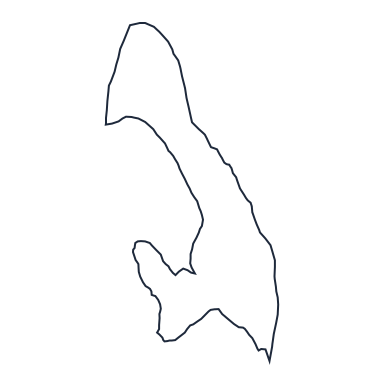 outline of Lokoja, Kogi, Nigeria
{"feature_id": "59680162B326996000256", "entity_name": "Lokoja", "entity_type": "district", "adm_level": 2, "iso_a3": "NGA", "parent_name": "Nigeria", "parent_adm1": "Kogi", "projection": "equal_earth", "projection_center": [6.483, 8.245], "detail": "fine", "context": "isolated", "style": "outline", "palette": "slate", "viewbox_px": 384, "rotation_deg": 0, "n_neighbors": 0, "source": "geoboundaries", "source_scale": "gbopen_adm2", "svg_char_len": 3343}
<svg xmlns="http://www.w3.org/2000/svg" viewBox="0 0 384 384"><path d="M105.8,124.6L112.0,123.6L118.6,121.4L122.5,118.5L126.0,116.7L131.6,117.0L134.0,117.6L138.4,118.5L145.2,122.0L153.3,129.2L156.8,134.6L159.9,137.7L165.0,143.4L167.1,147.8L168.5,150.9L170.1,152.2L173.2,155.9L175.0,159.1L176.2,161.0L177.6,163.2L177.9,164.0L178.5,165.4L179.5,168.5L181.8,173.2L184.8,178.9L187.4,184.5L189.7,188.6L191.4,192.7L194.2,197.1L197.2,201.2L199.3,208.1L200.7,211.2L201.9,215.0L203.0,219.7L201.9,226.0L200.4,228.3L200.0,228.8L198.8,232.6L196.5,237.6L193.2,243.6L192.1,249.3L190.6,254.0L190.6,258.7L190.2,263.4L191.6,267.5L194.9,273.5L191.0,272.6L187.6,270.2L183.2,268.6L178.8,271.7L175.5,275.1L172.9,272.9L169.9,269.1L168.5,266.3L165.7,264.1L163.1,261.2L160.8,254.6L156.1,249.9L151.9,245.5L149.8,243.0L145.1,241.4L140.9,241.1L137.7,241.4L135.3,243.0L134.9,245.5L134.6,248.0L133.2,249.6L133.0,252.1L134.9,257.8L135.6,260.0L137.4,262.5L138.4,264.1L138.6,268.5L138.8,271.9L140.2,276.6L143.0,282.3L145.6,286.1L148.2,287.6L150.0,288.9L151.4,291.4L151.7,294.9L153.5,295.5L155.4,296.1L158.2,299.9L160.1,304.3L160.8,308.7L160.1,311.8L159.4,314.0L159.6,318.1L159.1,325.0L159.1,329.1L157.1,332.6L159.4,334.5L162.4,337.6L163.3,340.1L164.5,341.4L167.3,341.1L169.6,340.5L172.0,340.5L175.2,340.1L178.7,337.3L180.8,335.7L184.8,332.6L187.1,329.1L190.2,325.4L193.2,324.4L197.6,321.3L201.2,318.9L208.6,311.4L210.6,309.9L214.4,309.3L218.6,309.1L222.2,314.1L233.6,323.7L234.1,324.1L235.3,324.9L237.3,326.2L238.7,327.2L243.0,327.6L244.8,328.8L247.1,331.8L249.2,334.9L252.3,338.1L255.5,344.1L257.4,348.6L258.6,350.5L261.2,349.0L265.5,349.4L269.5,361.0L272.1,346.8L272.4,343.8L272.8,341.1L273.8,333.9L276.2,322.7L277.7,314.7L278.2,304.6L277.7,297.4L276.3,291.4L275.9,286.7L274.7,278.8L274.5,276.3L274.9,266.9L274.9,262.2L274.9,260.3L272.2,250.9L270.5,245.2L265.3,238.4L260.0,232.5L259.1,229.8L257.8,226.9L256.7,224.4L254.8,219.4L252.6,213.0L252.5,212.9L252.5,212.7L252.3,212.4L252.3,212.2L252.0,208.8L251.8,206.7L251.8,206.4L251.7,206.3L251.6,205.7L250.9,203.7L250.8,203.4L250.7,203.0L250.7,202.9L250.6,202.7L250.3,202.5L250.1,202.3L248.7,201.2L247.7,200.3L247.6,200.2L246.1,198.2L245.9,197.9L244.7,195.9L244.2,195.0L244.1,194.9L244.0,194.7L240.7,189.6L240.0,188.4L239.9,188.3L239.9,188.2L237.4,181.2L237.3,180.9L236.6,178.8L236.2,177.4L236.1,177.2L234.9,175.7L233.0,173.3L232.9,173.2L232.1,170.2L231.5,168.3L231.5,168.2L231.4,168.1L229.2,164.8L229.2,164.7L227.5,164.4L226.5,164.1L226.4,164.1L224.3,162.6L224.2,162.4L223.6,161.3L222.4,159.0L222.2,158.6L222.2,158.4L221.8,157.8L221.0,156.6L219.9,154.8L219.8,154.7L219.7,154.5L217.8,150.9L217.1,149.4L216.9,149.3L214.6,148.4L211.1,147.2L210.9,147.0L207.9,140.8L207.8,140.6L207.2,139.3L207.2,139.2L204.9,134.7L203.7,133.5L199.7,129.9L199.4,129.6L199.2,129.5L192.1,122.4L192.0,122.2L191.2,118.7L191.1,118.3L188.6,106.9L186.8,99.2L186.6,98.2L186.5,97.9L186.4,97.1L186.0,94.5L185.0,87.9L184.9,87.7L184.6,86.4L182.2,76.9L182.1,76.6L180.7,69.6L180.7,69.4L180.0,66.4L178.2,60.4L174.6,55.3L173.5,53.8L172.3,49.4L170.1,45.3L168.1,41.6L164.2,37.2L159.3,31.8L157.1,29.8L153.9,26.8L145.1,23.0L139.7,23.0L134.1,24.3L130.0,25.2L123.7,40.9L120.2,48.9L118.4,57.6L116.3,64.5L114.6,71.7L112.6,77.0L110.9,81.5L108.9,85.6L108.4,91.5L107.4,100.9L106.8,110.4L106.0,117.9L106.0,123.4L105.8,124.6Z" fill="none" stroke="#1e293b" stroke-width="2"/></svg>